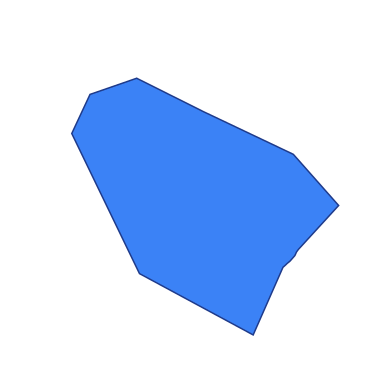 Mine', Praslin, Saint Lucia, rotated 42°
{"feature_id": "8701671B24039630787071", "entity_name": "Mine'", "entity_type": "district", "adm_level": 2, "iso_a3": "LCA", "parent_name": "Saint Lucia", "parent_adm1": "Praslin", "projection": "equal_earth", "projection_center": [-60.908, 13.873], "detail": "fine", "context": "isolated", "style": "filled", "palette": "blue", "viewbox_px": 384, "rotation_deg": 42, "n_neighbors": 0, "source": "geoboundaries", "source_scale": "gbopen_adm2", "svg_char_len": 381}
<svg xmlns="http://www.w3.org/2000/svg" viewBox="0 0 384 384"><g transform="rotate(42 192 192)"><path d="M333.1,257.3L310.0,187.1L310.4,183.6L310.5,181.6L311.1,177.6L311.0,170.4L309.8,166.6L309.5,163.5L310.0,103.9L242.1,96.2L227.3,100.6L146.5,124.7L75.1,144.4L74.8,144.4L50.9,187.7L63.5,229.0L207.6,287.8L333.1,257.3Z" fill="#3b82f6" stroke="#1e3a8a" stroke-width="1.5"/></g></svg>